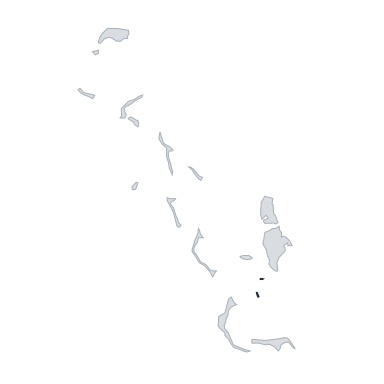 Berry Islands on a map of The Bahamas (Robinson projection), rotated 191°
{"feature_id": "BHS-5018", "entity_name": "Berry Islands", "entity_type": "District", "adm_level": 1, "iso_a3": "BHS", "parent_name": "The Bahamas", "parent_adm1": "", "projection": "robinson", "projection_center": [-77.863, 25.599], "detail": "fine", "context": "in_parent", "style": "filled", "palette": "slate", "viewbox_px": 384, "rotation_deg": 191, "n_neighbors": 0, "source": "natural_earth", "source_scale": "10m", "svg_char_len": 3674}
<svg xmlns="http://www.w3.org/2000/svg" viewBox="0 0 384 384"><g transform="rotate(191 192 192)"><path d="M112.5,154.5L112.5,160.4L112.9,164.8L112.5,166.4L107.9,169.3L106.8,171.0L102.5,172.6L99.9,175.0L98.6,171.2L96.1,168.9L95.7,164.9L93.7,166.2L91.0,165.4L86.4,162.4L83.5,158.4L87.5,157.7L88.4,160.2L91.6,157.1L90.9,155.4L90.3,155.2L89.2,152.2L94.1,144.2L95.1,139.1L92.9,130.8L95.0,130.3L100.4,133.2L102.8,136.0L102.9,139.9L105.2,143.0L108.5,150.2L112.5,154.5ZM116.2,176.8L116.2,177.9L112.1,181.0L115.1,183.2L117.9,178.4L120.2,182.3L121.5,189.6L121.3,190.9L121.5,192.0L121.9,193.4L122.0,195.4L119.7,201.7L111.4,201.1L111.2,195.7L109.9,194.7L108.0,187.0L105.4,184.6L101.8,178.3L103.9,176.6L106.7,177.2L108.1,176.4L112.0,175.8L114.3,175.0L116.2,176.8ZM312.0,326.1L310.7,329.7L306.3,336.5L296.3,338.3L285.3,338.6L284.4,336.7L284.2,335.1L285.0,332.5L284.9,331.5L284.4,330.5L288.4,329.4L291.0,326.2L295.2,325.7L300.4,327.9L303.2,328.0L307.3,325.5L310.6,320.2L312.6,320.9L312.0,326.1ZM134.2,96.0L133.4,96.4L129.7,91.5L126.8,90.1L131.4,86.7L133.3,83.7L133.3,77.2L134.4,73.7L134.0,70.6L135.0,67.4L133.6,63.9L129.8,61.1L122.3,50.0L110.3,47.3L104.2,47.2L107.6,45.4L110.7,45.6L115.5,46.7L121.3,47.2L124.8,50.5L128.2,54.8L131.2,56.6L132.5,57.7L132.4,58.9L132.9,60.1L136.8,62.2L140.8,65.4L142.0,75.0L136.6,79.6L135.7,93.5L134.2,96.0ZM81.2,55.7L86.3,57.2L89.0,57.0L90.6,56.0L98.1,56.4L104.2,55.0L105.1,57.6L104.9,58.9L92.0,60.2L80.2,64.0L73.8,66.6L70.7,66.9L68.4,65.5L60.6,57.7L62.7,58.4L68.5,62.9L72.0,62.1L75.3,59.1L75.9,56.9L75.4,55.9L76.9,52.4L81.2,55.7ZM158.4,116.4L165.4,121.9L171.3,124.0L177.6,130.8L180.4,133.3L180.9,135.5L179.9,145.8L178.4,151.9L178.7,157.3L177.2,155.7L175.7,152.2L173.2,150.1L172.3,149.1L176.8,148.8L177.2,143.3L179.3,138.9L179.0,134.3L173.8,129.3L170.2,124.9L164.7,123.5L159.6,119.1L156.6,118.5L152.9,119.3L154.2,116.7L155.2,113.2L155.8,112.6L158.4,116.4ZM234.9,243.0L234.7,244.3L229.3,234.5L222.6,232.1L218.7,229.8L219.5,228.4L222.2,227.9L222.6,224.8L221.5,221.4L217.9,214.7L215.9,210.1L215.0,209.0L214.7,205.2L218.9,211.1L220.7,216.4L223.5,221.6L225.4,230.5L230.8,233.5L234.7,237.9L234.9,243.0ZM261.8,276.2L258.9,277.7L259.5,275.2L265.2,270.9L268.3,267.1L270.1,265.8L270.7,264.7L273.2,263.4L274.4,260.9L274.1,258.9L271.4,255.7L271.4,253.4L272.3,251.7L276.7,251.0L275.6,253.4L277.4,260.4L271.6,269.0L266.6,271.7L261.8,276.2ZM214.9,179.2L215.2,181.7L212.4,181.2L208.3,182.2L206.8,182.2L207.7,180.5L210.6,178.2L210.7,176.0L207.1,172.9L202.9,165.0L201.0,163.2L200.0,160.2L196.5,157.0L197.3,155.3L198.0,154.9L200.3,155.8L205.7,167.1L206.1,168.1L214.9,179.2ZM310.9,265.7L313.6,266.4L315.0,266.4L319.8,267.9L322.7,269.9L323.4,270.7L321.8,272.5L317.4,269.1L313.5,268.7L308.0,268.7L305.9,268.1L307.3,264.5L310.9,265.7ZM268.0,251.4L268.9,252.2L266.3,254.2L260.2,251.8L258.8,251.9L257.6,249.4L257.1,247.4L257.4,245.7L261.0,247.1L263.0,249.6L268.0,251.4ZM129.2,139.5L124.4,140.5L121.0,139.5L120.2,138.7L121.6,137.4L124.8,136.2L129.9,136.1L132.2,137.4L132.5,138.0L129.2,139.5ZM200.1,215.9L198.3,216.2L195.2,214.9L187.8,208.9L184.4,208.4L185.5,205.1L188.1,206.2L194.1,211.4L196.3,213.9L200.1,215.9ZM251.9,185.7L248.6,191.0L246.8,190.5L247.8,183.9L250.1,182.8L251.0,182.9L251.9,185.7ZM316.6,310.8L311.0,313.2L310.4,310.4L313.2,308.1L316.6,310.8Z" fill="#d9dde1" stroke="#a8b0b8" stroke-width="1"/><path d="M109.4,105.6L108.9,105.6L108.3,104.9L107.7,103.6L106.8,102.6L106.5,102.0L106.8,101.6L107.3,101.7L107.7,102.2L109.3,105.2L109.4,105.6ZM107.5,120.2L106.8,120.2L106.5,120.2L105.7,120.2L106.0,119.9L106.3,119.7L106.6,119.7L107.0,119.7L107.7,119.7L108.2,119.4L108.5,118.9L108.4,119.5L108.0,120.0L107.5,120.2Z" fill="#64748b" stroke="#1e293b" stroke-width="1.5"/></g></svg>